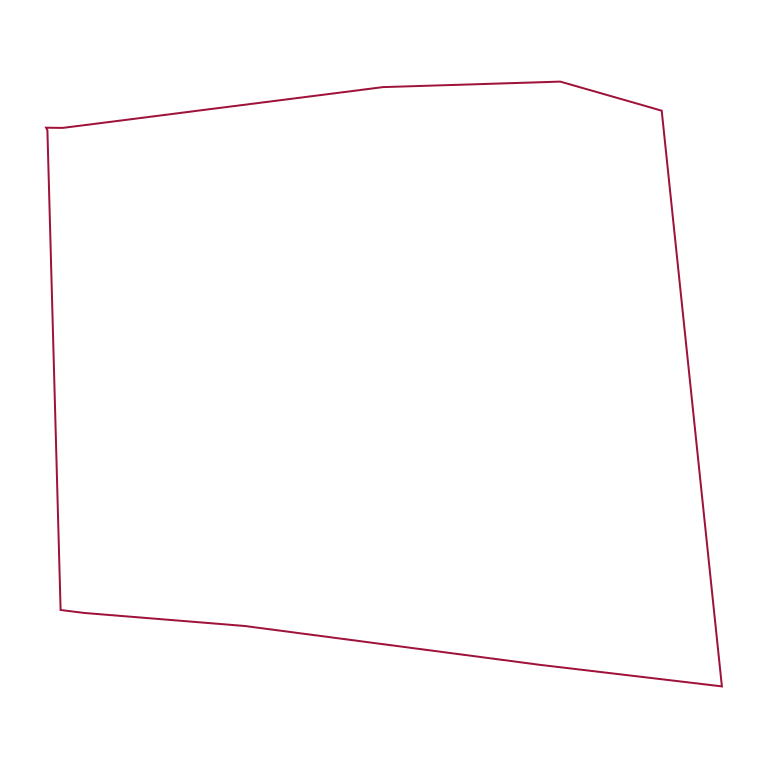 34, Ad Dawhah, Qatar
{"feature_id": "91078587B88603978758954", "entity_name": "34", "entity_type": "district", "adm_level": 2, "iso_a3": "QAT", "parent_name": "Qatar", "parent_adm1": "Ad Dawhah", "projection": "robinson", "projection_center": [51.479, 25.313], "detail": "fine", "context": "isolated", "style": "outline", "palette": "rose", "viewbox_px": 768, "rotation_deg": 0, "n_neighbors": 0, "source": "geoboundaries", "source_scale": "gbopen_adm2", "svg_char_len": 287}
<svg xmlns="http://www.w3.org/2000/svg" viewBox="0 0 768 768"><path d="M60.6,610.0L84.4,613.0L244.6,626.0L540.3,664.9L721.9,686.4L661.7,110.7L660.6,110.4L652.7,108.1L560.2,81.6L383.0,87.1L62.7,127.9L46.1,127.7L47.4,130.2L60.6,610.0Z" fill="none" stroke="#9f1239" stroke-width="2"/></svg>